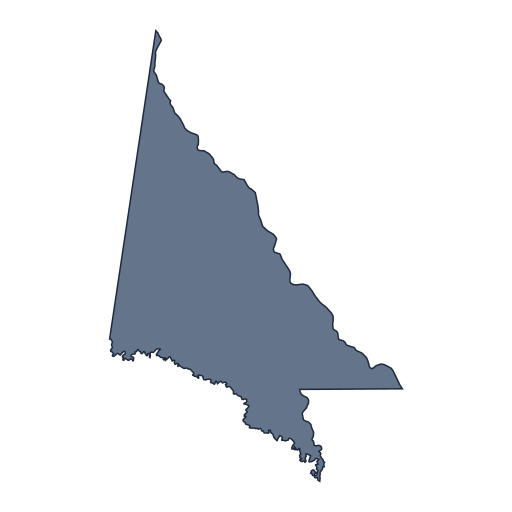 Barranca De Upia, Meta, Colombia
{"feature_id": "7082276B26667075739233", "entity_name": "Barranca De Upia", "entity_type": "district", "adm_level": 2, "iso_a3": "COL", "parent_name": "Colombia", "parent_adm1": "Meta", "projection": "albers", "projection_center": [-72.985, 4.546], "detail": "fine", "context": "isolated", "style": "filled", "palette": "slate", "viewbox_px": 512, "rotation_deg": 0, "n_neighbors": 0, "source": "geoboundaries", "source_scale": "gbopen_adm2", "svg_char_len": 6110}
<svg xmlns="http://www.w3.org/2000/svg" viewBox="0 0 512 512"><path d="M109.6,339.0L110.8,339.2L112.5,342.0L111.5,344.6L112.4,347.7L111.1,349.3L110.5,350.7L110.7,351.3L112.1,352.0L113.5,353.5L113.1,354.4L112.4,355.1L112.5,356.0L113.3,356.4L114.3,356.1L116.8,353.8L117.6,353.5L118.4,353.7L119.7,354.9L120.3,355.1L122.7,352.2L123.8,351.5L124.7,351.4L125.1,351.8L125.3,352.5L125.0,353.9L124.6,354.4L123.3,355.0L122.4,356.4L122.5,357.0L123.3,357.7L122.9,359.4L123.2,360.3L123.9,360.2L124.2,359.1L125.2,358.4L128.2,360.3L129.0,360.2L130.4,359.0L131.6,359.1L132.2,359.6L132.6,360.7L133.1,360.9L133.5,360.2L133.6,357.6L132.9,357.0L131.2,356.5L131.0,355.4L131.9,354.4L133.6,354.0L134.4,354.1L135.1,353.8L135.2,353.4L135.0,352.1L135.5,351.7L136.6,351.6L137.7,349.5L138.3,349.7L139.3,351.1L140.5,351.8L140.8,353.1L141.6,353.6L142.4,353.5L143.6,351.6L144.1,351.4L146.1,355.1L146.9,355.7L147.5,355.5L147.8,353.7L149.1,353.6L149.7,355.0L149.4,357.1L149.9,357.6L150.4,355.4L150.1,353.4L150.3,352.5L151.1,352.2L153.3,352.4L156.6,349.1L159.6,348.7L160.3,349.1L160.3,349.5L159.0,350.5L156.4,354.4L156.6,355.5L158.4,355.5L160.7,357.3L163.1,357.8L163.3,359.2L163.6,359.6L164.6,358.1L165.5,357.9L165.6,358.9L165.0,360.0L165.3,360.5L167.9,358.3L168.8,357.1L170.0,356.7L172.2,361.0L173.7,360.2L174.7,360.6L174.3,362.5L175.1,364.3L175.6,364.3L176.7,363.4L178.0,363.4L178.8,364.4L177.8,365.0L177.7,365.6L177.9,366.3L179.4,365.6L183.6,368.3L184.7,368.4L186.8,368.0L188.2,369.0L190.2,369.3L193.7,372.9L193.8,373.9L192.8,374.6L192.8,375.2L194.9,376.4L196.5,376.4L198.0,378.1L198.5,378.2L198.8,377.9L198.2,375.2L198.9,375.0L199.9,375.4L201.3,375.4L203.0,376.4L203.0,377.8L203.9,379.7L205.3,379.9L208.5,379.1L209.8,379.3L211.2,380.3L210.6,382.1L210.9,382.7L213.0,383.1L214.1,384.2L214.8,383.9L215.5,381.6L216.0,381.1L216.7,381.7L217.5,383.7L220.3,381.3L220.9,381.4L222.6,382.9L224.8,382.2L225.5,382.3L226.8,383.6L226.6,384.1L225.8,384.3L225.5,384.6L226.0,386.3L227.0,387.3L228.6,386.4L229.4,386.5L230.4,387.2L233.2,390.7L233.6,391.8L233.3,393.3L233.7,393.9L234.4,394.2L235.9,393.6L238.2,395.7L241.2,396.8L241.7,398.9L242.2,399.4L243.2,399.5L245.3,398.8L246.7,399.7L246.6,402.0L246.1,402.5L244.1,403.3L243.9,403.9L245.3,404.1L248.3,405.3L248.7,405.6L248.8,406.2L247.9,407.8L246.1,409.5L245.9,410.3L247.1,411.5L247.1,412.1L244.3,414.7L244.3,416.3L245.8,416.3L245.8,416.8L245.1,417.8L243.3,419.3L243.0,420.5L243.5,421.5L244.9,422.4L246.0,424.4L248.0,424.8L249.6,425.5L249.9,426.2L249.3,427.3L249.4,427.7L251.7,428.2L253.8,428.0L255.5,428.6L257.0,428.4L258.4,429.2L259.7,428.5L260.5,428.5L261.1,429.0L261.6,430.9L263.3,431.1L263.9,432.6L264.3,432.9L268.7,433.1L269.0,432.3L268.5,430.6L269.1,430.2L270.3,430.3L270.7,432.5L273.0,434.5L273.9,437.4L276.9,440.7L277.2,440.6L277.6,439.2L279.7,435.7L280.9,436.0L282.4,437.5L282.4,438.1L281.7,439.7L281.8,440.3L283.3,440.2L285.1,440.9L288.2,440.1L288.6,438.7L289.0,438.4L290.0,438.4L291.4,439.0L293.9,441.8L294.5,442.8L294.1,443.9L292.6,445.6L291.9,447.7L291.9,448.9L293.4,448.9L294.9,449.7L295.0,449.0L294.2,447.3L294.3,446.8L296.5,449.5L297.3,450.0L297.9,450.0L299.1,448.3L299.6,448.4L300.1,452.4L301.0,453.7L299.6,455.4L299.9,457.6L301.7,458.7L301.2,459.3L300.1,459.6L299.8,460.2L301.1,461.4L302.0,461.6L304.0,461.0L305.0,462.3L305.9,461.4L306.0,460.8L305.1,458.7L305.5,457.2L306.3,456.1L305.7,454.2L306.1,453.8L307.8,454.3L310.6,455.7L309.0,460.7L309.0,461.6L309.3,461.9L311.6,461.6L314.3,460.3L315.9,458.4L316.7,458.5L318.7,459.3L318.5,460.0L317.3,460.9L316.9,461.5L318.0,464.2L315.9,464.5L315.5,464.9L316.9,467.4L316.5,469.4L318.1,470.3L317.7,471.7L317.0,472.4L315.4,472.2L313.7,470.0L313.0,469.9L311.3,470.9L311.2,472.2L310.6,473.2L311.9,473.8L312.5,475.3L313.3,475.8L313.9,475.5L315.1,473.0L317.0,473.3L317.3,473.9L317.1,474.7L314.7,476.0L314.6,477.2L315.6,477.9L317.5,477.6L318.0,480.3L319.8,481.3L320.1,477.8L319.7,476.3L320.2,474.1L320.0,472.9L320.4,471.9L322.2,469.5L322.8,466.9L323.0,466.7L324.0,466.9L324.2,466.7L323.7,463.8L324.6,462.3L323.4,461.4L322.8,459.3L321.8,458.5L320.3,455.7L320.2,455.2L320.8,454.0L320.4,452.7L318.8,451.5L318.9,451.2L321.4,449.5L321.7,448.8L321.5,447.3L320.9,446.3L319.5,445.5L317.5,445.5L315.3,445.9L314.3,445.4L313.4,441.1L312.3,440.4L312.0,439.6L312.3,438.3L313.4,436.2L313.6,432.2L311.7,427.7L310.8,424.3L308.0,421.7L306.1,421.3L304.1,420.3L303.3,419.2L302.2,413.2L303.4,411.4L306.7,407.6L306.9,406.2L308.5,403.4L308.6,400.7L308.2,399.1L306.9,397.5L304.0,396.1L301.4,394.5L299.8,390.9L299.8,389.4L402.4,388.8L399.9,385.0L393.1,370.8L391.3,368.3L386.4,365.6L383.8,364.5L380.9,364.0L376.1,365.7L372.5,368.5L371.6,368.5L370.4,367.9L369.5,366.8L367.9,360.9L366.5,357.7L363.2,354.2L361.6,352.9L357.1,350.9L355.7,349.9L354.7,348.1L353.9,347.4L347.2,345.4L346.2,344.4L344.9,342.1L343.4,340.8L339.0,339.6L338.2,337.5L337.9,333.6L337.4,332.5L336.7,331.3L334.0,329.7L333.1,328.6L332.7,325.1L332.7,323.4L333.2,320.7L333.1,316.1L331.3,312.9L326.4,307.5L321.1,303.3L319.2,301.3L314.7,295.4L312.2,291.2L309.8,288.0L307.7,285.6L305.0,284.6L302.6,284.1L296.1,284.9L293.4,284.6L291.2,283.4L290.2,282.2L289.8,280.2L290.5,273.9L290.2,272.2L289.3,270.2L282.1,259.3L280.2,254.3L279.6,253.8L274.6,252.3L274.0,251.5L273.5,249.9L273.4,248.3L274.5,246.1L276.5,239.3L276.2,237.8L273.6,234.5L267.4,230.7L262.7,226.3L260.5,219.5L258.5,214.8L258.5,210.8L258.0,206.3L255.3,192.6L251.0,188.8L249.7,188.4L249.2,187.8L247.2,185.4L244.2,179.7L239.8,178.9L237.3,177.9L234.0,174.5L229.3,171.8L227.2,171.3L222.9,172.1L221.3,171.5L216.7,165.4L214.4,163.6L213.9,162.3L213.7,160.2L213.0,158.5L209.3,153.9L204.1,150.8L200.4,150.6L198.7,150.3L197.8,149.6L197.1,147.7L197.4,146.0L198.3,144.8L198.5,140.9L198.2,137.2L197.8,135.7L196.6,134.7L191.4,132.9L189.0,131.6L187.2,130.5L184.7,128.1L183.4,124.9L180.2,118.8L177.8,115.7L174.8,113.1L172.9,107.6L170.4,104.4L170.1,102.2L170.6,100.7L169.1,99.1L163.9,91.3L164.3,87.1L163.6,85.8L161.9,84.2L159.7,83.4L158.5,82.5L156.4,75.3L153.8,71.3L153.8,70.2L154.9,66.1L154.9,62.4L155.5,58.0L155.7,54.6L155.4,52.8L155.6,51.6L157.3,47.8L161.3,40.5L160.7,38.4L159.1,35.9L158.0,33.1L155.8,30.7L109.6,339.0Z" fill="#64748b" stroke="#1e293b" stroke-width="1.5"/></svg>